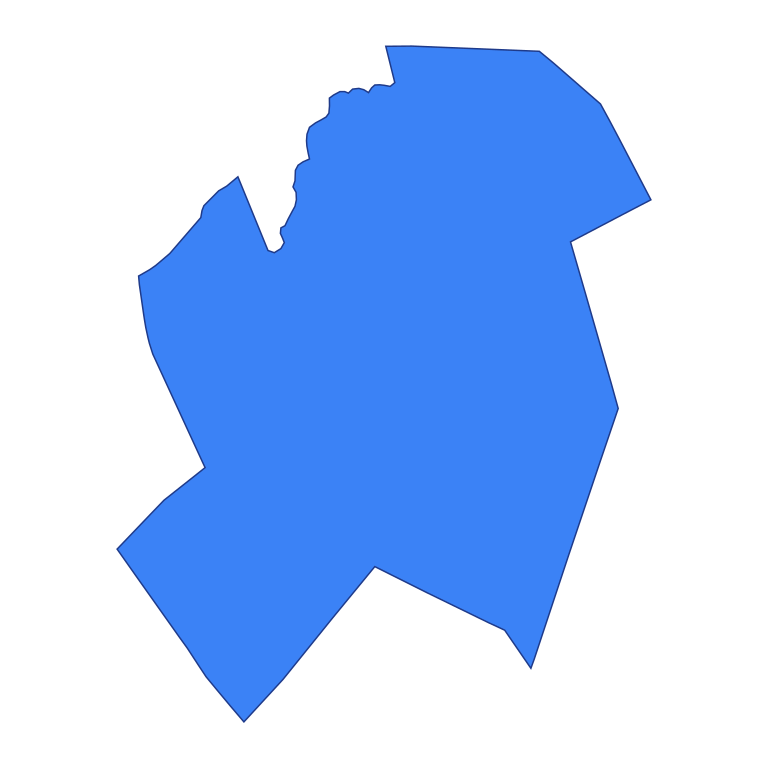 Embakasi East, Nairobi, Kenya (Equal Earth projection)
{"feature_id": "3690345B74983117878970", "entity_name": "Embakasi East", "entity_type": "district", "adm_level": 2, "iso_a3": "KEN", "parent_name": "Kenya", "parent_adm1": "Nairobi", "projection": "equal_earth", "projection_center": [36.924, -1.309], "detail": "fine", "context": "isolated", "style": "filled", "palette": "blue", "viewbox_px": 768, "rotation_deg": 0, "n_neighbors": 0, "source": "geoboundaries", "source_scale": "gbopen_adm2", "svg_char_len": 1384}
<svg xmlns="http://www.w3.org/2000/svg" viewBox="0 0 768 768"><path d="M218.7,190.8L203.9,205.7L202.0,210.6L200.8,217.6L169.8,253.5L155.8,265.4L149.8,269.6L146.0,271.8L138.6,276.0L139.4,284.8L140.6,293.1L143.6,314.0L144.6,320.5L145.8,327.6L148.0,337.8L149.4,343.4L152.8,354.1L185.3,424.7L202.2,461.4L205.1,467.6L198.6,472.8L164.0,500.2L151.0,513.7L117.1,549.1L135.2,574.8L179.6,637.5L187.2,648.0L198.1,664.7L206.1,676.8L216.6,689.5L230.2,705.8L243.9,721.9L283.0,679.4L332.4,618.2L374.8,566.6L427.2,592.8L489.0,622.9L504.7,630.2L517.9,649.4L530.9,668.3L534.2,659.2L568.6,555.3L599.8,462.6L618.2,408.5L611.3,383.6L585.3,293.0L582.9,284.7L570.5,241.9L621.9,214.9L633.6,208.8L650.9,199.8L619.8,140.0L609.6,120.7L600.5,104.0L553.8,63.3L539.3,51.3L480.7,48.9L411.9,46.1L385.8,46.3L394.8,82.6L390.2,86.4L384.2,85.3L379.7,84.8L374.8,85.0L371.6,87.9L368.5,92.6L363.8,89.7L358.9,88.4L352.6,89.1L348.4,93.1L344.7,91.6L340.0,91.6L333.6,95.0L329.4,98.1L329.5,106.0L328.9,113.2L326.1,117.0L320.4,120.3L315.5,122.9L309.5,127.3L307.0,134.2L306.5,140.7L306.9,146.1L308.2,153.2L309.5,159.0L303.1,161.8L298.1,165.2L295.4,170.3L295.0,180.9L293.0,186.9L296.1,192.4L296.4,199.8L295.0,206.3L292.3,211.2L288.3,218.7L285.0,225.7L280.9,227.9L280.4,233.4L282.4,237.8L284.3,242.6L280.9,248.6L274.3,252.7L268.0,250.5L237.9,176.8L226.6,186.2L218.7,190.8Z" fill="#3b82f6" stroke="#1e3a8a" stroke-width="1.5"/></svg>